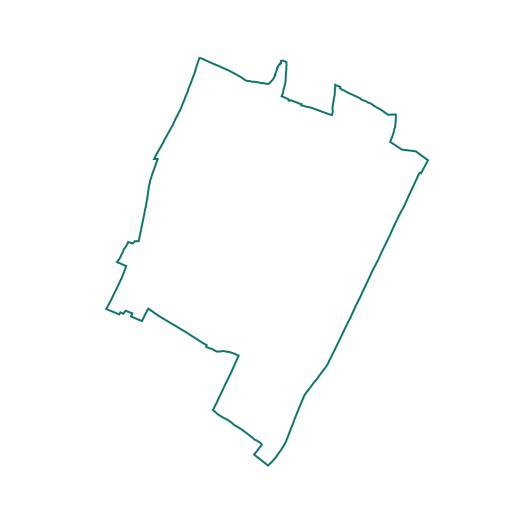 Brabova, Dolj, Romania, rotated 290°
{"feature_id": "2599482B55634760087825", "entity_name": "Brabova", "entity_type": "district", "adm_level": 2, "iso_a3": "ROU", "parent_name": "Romania", "parent_adm1": "Dolj", "projection": "natural_earth1", "projection_center": [23.43, 44.36], "detail": "fine", "context": "isolated", "style": "outline", "palette": "teal", "viewbox_px": 512, "rotation_deg": 290, "n_neighbors": 0, "source": "geoboundaries", "source_scale": "gbopen_adm2", "svg_char_len": 6087}
<svg xmlns="http://www.w3.org/2000/svg" viewBox="0 0 512 512"><g transform="rotate(290 256 256)"><path d="M404.8,384.9L409.0,370.3L408.4,367.6L405.9,356.7L409.1,343.1L409.6,343.0L410.5,343.0L411.5,343.1L412.3,343.1L414.0,343.2L415.9,343.2L417.8,343.1L419.6,343.0L421.5,342.7L422.7,342.5L423.3,342.6L424.2,342.6L425.0,342.6L427.1,341.9L427.4,341.8L428.1,341.8L429.4,341.5L432.0,340.7L432.5,340.5L433.7,340.2L435.3,339.5L436.6,339.0L436.8,338.8L433.9,331.8L436.4,322.6L436.9,318.4L437.6,315.1L438.4,312.3L438.6,310.6L438.5,308.9L438.6,308.3L439.0,306.6L439.1,305.2L439.0,303.1L439.1,301.7L439.2,300.9L439.7,300.3L440.2,296.0L440.7,289.2L441.1,284.6L441.6,282.9L441.7,281.7L441.8,279.2L442.0,278.9L442.0,278.7L442.1,278.2L442.2,277.9L442.4,277.7L442.7,277.5L443.1,277.4L443.8,277.3L443.8,273.9L443.9,271.9L442.9,272.5L441.1,272.8L440.4,272.8L439.4,273.2L437.8,273.7L436.2,274.3L434.6,274.7L433.4,275.0L431.4,275.2L429.3,275.6L427.4,276.0L424.9,276.5L422.8,276.8L420.5,277.5L419.1,278.3L417.5,278.8L414.5,279.3L414.2,277.4L414.2,268.0L414.2,263.1L414.3,258.1L414.0,255.9L413.7,253.1L413.4,250.9L413.2,247.3L413.1,246.9L413.9,246.8L414.2,246.8L414.0,244.0L414.3,241.1L414.2,237.5L414.1,235.2L413.9,234.5L413.4,234.4L413.2,234.0L413.2,233.7L413.4,233.2L414.0,232.9L414.5,232.7L414.9,225.4L416.2,225.5L417.2,225.6L418.0,225.6L419.1,225.5L421.8,224.9L422.9,224.9L426.8,224.6L428.2,224.4L430.1,224.0L432.6,223.3L437.4,221.8L439.8,221.2L442.8,220.3L445.0,219.6L446.8,219.0L448.8,218.1L448.8,217.0L448.7,216.9L448.7,214.3L448.6,213.6L448.4,213.3L448.2,213.2L447.8,212.7L447.5,212.8L446.2,213.3L445.5,213.7L444.9,214.0L445.4,213.3L444.7,213.1L444.9,212.7L443.8,212.3L443.7,212.4L440.1,211.5L440.1,212.0L437.8,211.9L432.8,211.7L432.5,212.4L431.4,212.2L430.4,212.0L429.5,211.8L428.9,211.8L427.9,211.6L427.2,211.4L426.4,211.0L425.0,210.4L424.0,210.0L423.1,209.6L422.4,209.3L422.2,209.2L421.6,207.7L420.7,203.0L420.2,201.7L420.0,199.0L419.9,198.0L419.6,197.5L419.4,196.6L419.2,194.7L418.9,194.1L418.6,193.5L418.5,193.1L418.4,192.5L418.4,192.1L418.3,191.4L418.2,190.6L418.0,189.8L417.9,189.1L417.6,188.6L417.4,186.6L417.4,186.3L417.7,185.4L419.1,179.8L420.5,170.5L420.9,167.6L421.1,164.9L421.6,158.4L422.3,145.6L423.0,137.7L422.8,135.1L422.1,135.1L415.6,135.2L407.0,135.7L402.9,135.6L396.5,135.6L391.4,135.4L389.4,135.4L388.2,135.5L387.2,135.7L383.1,135.3L382.0,135.3L381.2,135.2L379.7,135.3L378.6,135.3L377.6,135.4L376.8,135.2L373.6,135.0L371.9,135.0L369.9,135.0L368.2,134.8L366.8,134.7L366.1,134.8L365.1,134.4L363.4,134.3L362.5,134.2L360.0,133.9L357.1,133.5L353.2,133.2L351.4,133.0L350.6,133.0L350.0,133.0L348.7,132.6L347.4,132.5L346.8,132.4L346.2,132.3L345.3,132.1L343.8,131.9L340.9,131.4L336.4,130.7L335.1,130.6L334.6,130.3L333.9,130.2L333.4,130.1L333.0,130.2L332.6,130.2L330.9,130.0L325.6,129.1L323.4,128.7L321.7,128.4L315.7,127.5L313.5,127.2L312.3,127.1L312.5,127.5L313.2,129.2L313.6,130.3L313.5,130.5L311.6,130.5L310.1,130.4L308.9,130.4L307.6,130.5L304.1,130.5L301.8,130.5L299.4,130.5L298.0,130.5L296.3,130.6L292.9,130.7L291.6,130.7L290.1,130.8L288.1,131.2L284.6,131.6L281.4,132.3L279.3,132.7L277.0,133.2L274.9,133.7L273.6,134.0L269.9,134.6L265.5,135.4L263.8,135.7L261.1,135.9L258.4,136.5L229.8,140.7L229.7,140.3L228.4,137.1L225.5,135.8L225.5,133.5L225.5,131.1L224.3,131.1L220.3,130.5L219.6,130.4L217.6,129.6L216.9,129.5L215.3,129.6L214.0,129.6L210.5,129.0L209.2,129.0L208.4,129.0L204.3,128.0L202.8,127.4L202.7,128.9L202.4,133.8L202.2,137.5L200.3,137.5L195.9,137.5L189.9,137.3L175.7,136.0L170.0,135.3L166.3,135.0L161.7,134.4L155.0,133.4L154.3,147.4L156.6,147.9L156.4,151.2L157.7,151.5L160.0,152.2L159.8,159.4L158.4,159.4L156.4,159.2L156.3,162.4L155.8,171.1L160.8,171.6L169.6,172.7L169.2,174.8L167.1,182.6L166.1,186.7L160.8,214.6L156.6,233.2L156.0,236.4L155.4,240.1L153.6,240.1L153.4,244.1L153.6,246.8L153.6,247.2L153.5,248.0L153.2,248.3L153.0,248.5L152.9,248.9L153.1,249.4L153.0,250.4L152.9,250.8L152.8,251.2L152.8,252.1L153.0,252.6L153.4,253.1L153.5,253.4L153.7,254.2L153.8,254.9L154.2,255.5L155.0,256.3L155.1,256.6L155.3,257.4L155.7,258.7L155.9,260.2L156.2,262.0L156.4,262.6L156.7,263.1L156.8,268.9L156.4,273.8L140.2,272.6L137.8,272.4L132.0,271.8L129.8,271.6L124.2,270.9L122.4,270.9L120.6,270.7L117.3,270.4L115.7,270.2L112.3,269.9L111.1,269.7L107.1,269.4L106.5,269.4L105.5,269.3L103.4,269.1L102.4,268.9L101.8,268.8L100.6,268.7L99.5,268.6L96.7,268.3L96.5,268.2L96.2,269.2L95.5,271.1L94.9,272.5L94.3,273.9L93.6,276.9L92.9,280.0L92.7,282.5L92.2,286.1L90.9,290.6L90.3,291.8L89.7,293.6L89.4,295.4L89.1,297.2L87.7,303.1L86.0,308.8L84.7,312.7L83.9,315.3L82.9,317.7L82.9,318.8L82.8,320.3L82.4,321.6L82.3,322.3L82.1,323.5L81.8,324.5L80.8,326.0L68.7,322.2L66.0,330.5L63.2,338.9L65.0,339.8L67.6,341.1L72.8,343.3L77.3,344.4L81.4,345.6L86.4,346.8L90.7,347.5L91.5,347.6L92.2,347.6L94.8,347.7L96.0,347.7L99.2,347.8L101.4,347.8L102.5,347.8L103.4,347.9L104.3,347.8L105.1,347.9L105.5,347.8L106.3,347.8L107.3,347.9L108.1,348.1L109.4,348.0L112.9,348.1L114.5,348.0L114.8,348.0L119.6,348.2L121.0,348.2L124.1,348.3L126.0,348.4L127.7,348.4L128.5,348.5L129.5,348.5L130.2,348.5L131.4,348.7L132.1,348.7L133.2,348.6L134.0,348.7L137.1,348.9L139.5,349.0L140.0,349.0L140.3,348.9L141.0,349.1L141.7,349.2L142.4,349.4L143.2,349.5L143.8,349.7L145.6,350.2L147.2,350.8L149.0,351.3L150.8,351.9L152.8,352.5L153.6,352.7L154.6,353.0L155.6,353.3L157.3,353.8L157.9,354.0L158.5,354.3L158.7,354.5L159.8,354.8L160.9,355.2L162.9,355.8L164.9,356.3L165.7,356.5L167.2,357.0L170.9,358.1L172.5,358.6L173.9,359.1L175.6,359.6L177.5,360.0L178.3,360.2L179.3,360.4L180.9,360.5L186.5,361.1L188.2,361.3L194.0,362.0L204.9,363.1L208.2,363.4L217.6,364.3L228.2,365.5L229.3,365.8L230.4,365.9L232.1,365.9L239.3,366.5L241.4,366.8L242.2,366.8L242.7,366.7L244.3,366.8L244.9,367.0L246.0,367.2L249.4,367.5L251.1,367.8L260.1,368.5L263.6,368.9L266.0,369.1L282.8,370.6L294.1,372.1L305.4,373.0L321.0,374.7L330.8,375.3L332.7,375.5L339.7,376.3L343.3,376.6L344.4,376.8L348.3,377.3L349.4,377.6L353.3,378.1L365.1,379.0L376.6,380.0L388.6,381.0L389.7,381.2L390.2,381.5L390.6,381.9L390.6,382.4L390.4,382.8L404.8,384.9Z" fill="none" stroke="#0f766e" stroke-width="2"/></g></svg>